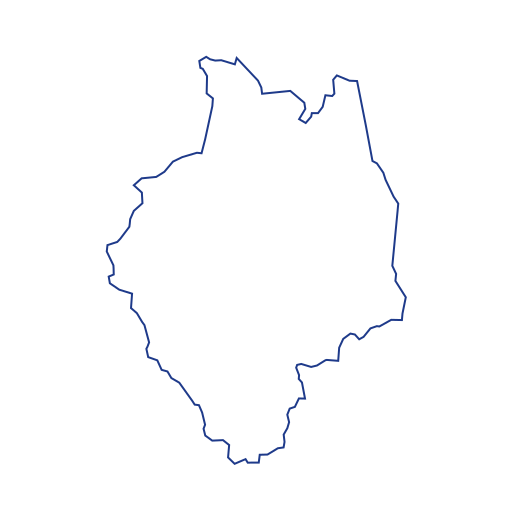 the district of Comerío, Puerto Rico, rotated 171°
{"feature_id": "32010507B91105509770544", "entity_name": "Comerío", "entity_type": "district", "adm_level": 2, "iso_a3": "PRI", "parent_name": "Puerto Rico", "parent_adm1": "", "projection": "equal_earth", "projection_center": [-66.218, 18.225], "detail": "fine", "context": "isolated", "style": "outline", "palette": "blue", "viewbox_px": 512, "rotation_deg": 171, "n_neighbors": 0, "source": "geoboundaries", "source_scale": "gbopen_adm2", "svg_char_len": 1790}
<svg xmlns="http://www.w3.org/2000/svg" viewBox="0 0 512 512"><g transform="rotate(171 256 256)"><path d="M404.7,258.7L404.6,251.9L396.3,244.1L384.3,238.2L387.6,224.1L382.6,218.2L378.8,208.7L377.0,205.2L375.1,187.4L377.4,183.4L378.8,181.5L378.3,173.0L369.8,168.4L367.0,158.3L361.5,155.8L358.7,148.7L351.6,142.9L341.7,123.1L339.8,118.8L335.7,117.6L333.7,109.8L332.7,97.3L334.8,93.6L334.2,86.6L328.1,80.5L317.4,79.3L312.1,73.5L315.1,61.4L309.6,54.1L298.1,57.0L296.5,53.2L285.6,51.5L283.4,59.1L275.7,58.1L264.5,62.7L258.7,62.6L256.9,67.9L256.6,75.3L252.0,81.0L249.3,86.7L249.9,94.4L246.6,100.0L241.2,100.9L235.9,108.6L229.9,107.5L230.4,123.9L233.0,127.9L232.1,131.6L233.8,139.4L232.4,142.0L228.2,142.3L218.9,137.8L212.9,138.3L203.7,142.2L202.4,142.3L191.2,139.6L188.2,152.4L182.8,160.5L174.9,164.6L170.6,163.0L167.1,157.6L162.4,159.3L154.3,166.6L147.6,167.8L145.2,167.1L132.4,171.8L121.9,169.9L120.3,176.3L114.5,191.8L122.2,209.6L120.4,216.4L122.9,225.0L117.6,245.5L109.2,278.0L107.3,285.5L110.8,293.1L116.1,311.0L117.2,318.3L122.1,328.6L126.1,331.6L127.1,367.8L128.8,413.0L136.2,414.5L147.9,421.7L152.2,418.0L153.2,404.1L155.7,402.1L162.3,403.9L166.8,392.9L172.4,387.4L178.5,388.4L179.7,385.0L186.1,379.6L192.0,384.4L184.3,393.6L184.3,399.8L196.3,413.7L224.6,415.3L224.4,421.6L226.6,428.9L244.1,454.6L246.9,448.6L259.7,454.8L265.7,455.4L270.6,457.5L274.0,460.5L281.5,457.5L281.5,450.5L279.3,449.2L276.2,441.4L279.3,424.3L273.9,418.4L275.7,410.8L288.1,378.9L288.2,378.7L293.7,366.0L298.2,367.2L313.4,365.2L323.3,362.2L333.3,353.5L342.2,349.7L356.8,350.6L365.6,345.0L358.8,336.5L359.9,325.9L369.6,319.7L374.5,312.1L375.7,307.4L376.5,304.7L387.3,294.3L390.8,291.6L401.0,290.0L402.7,283.8L398.3,269.1L398.6,266.0L399.4,260.0L404.7,258.7Z" fill="none" stroke="#1e3a8a" stroke-width="2"/></g></svg>